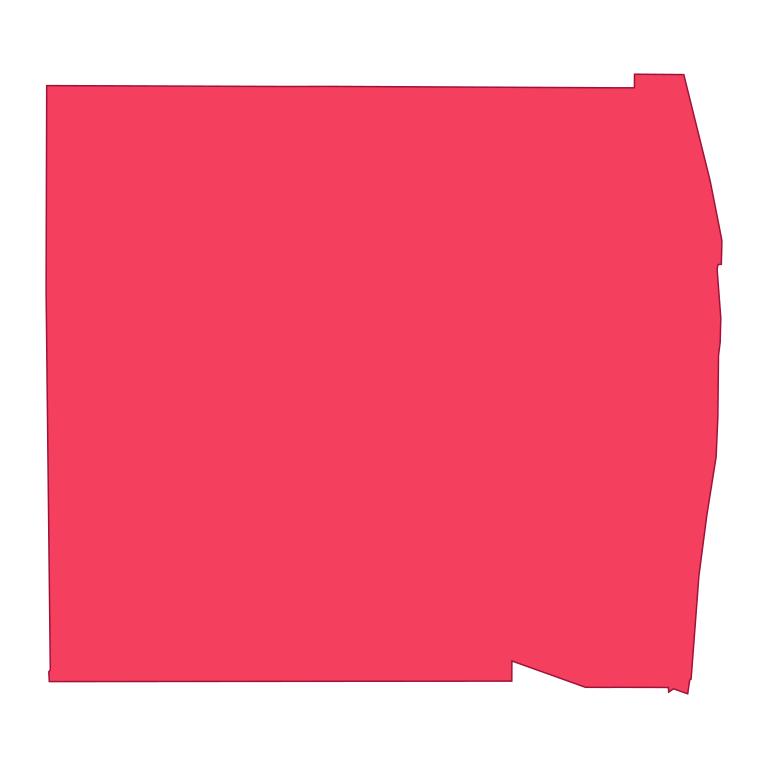 outline of Palm Beach, Florida, United States of America
{"feature_id": "52423323B70070544976743", "entity_name": "Palm Beach", "entity_type": "district", "adm_level": 2, "iso_a3": "USA", "parent_name": "United States of America", "parent_adm1": "Florida", "projection": "natural_earth1", "projection_center": [-80.218, 26.646], "detail": "fine", "context": "isolated", "style": "filled", "palette": "rose", "viewbox_px": 768, "rotation_deg": 0, "n_neighbors": 0, "source": "geoboundaries", "source_scale": "gbopen_adm2", "svg_char_len": 682}
<svg xmlns="http://www.w3.org/2000/svg" viewBox="0 0 768 768"><path d="M49.3,681.6L511.4,681.1L511.8,681.1L511.9,661.0L549.2,674.3L585.4,687.3L612.1,687.4L612.5,687.3L651.8,687.4L668.4,687.5L668.7,692.1L673.5,688.8L687.7,693.8L689.7,680.1L691.1,679.1L697.6,593.4L697.8,590.9L698.0,587.9L698.9,575.9L707.0,514.1L716.1,457.1L717.9,416.0L717.9,413.1L718.2,385.6L718.5,355.6L720.2,342.2L720.8,317.9L717.1,269.2L718.0,264.6L721.3,264.3L721.6,254.4L721.9,240.6L718.6,223.6L710.1,180.6L701.9,147.6L683.8,74.6L634.5,74.2L634.4,87.8L614.6,87.8L614.0,87.8L327.6,86.4L288.1,86.5L46.7,85.6L46.1,290.8L50.3,669.9L48.8,671.8L49.3,681.6Z" fill="#f43f5e" stroke="#9f1239" stroke-width="1.5"/></svg>